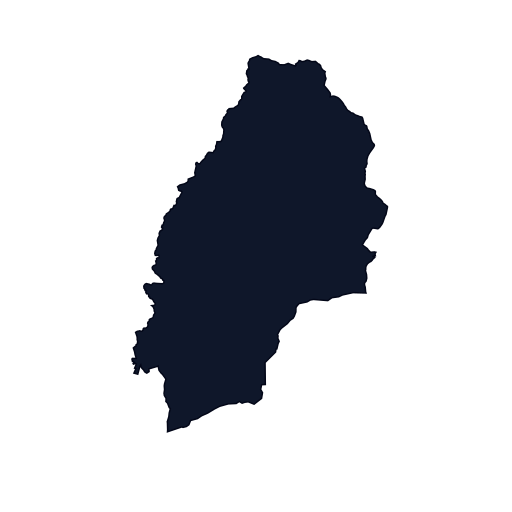 Piatra Soimului, Neamt, Romania (Mercator projection), rotated 123°
{"feature_id": "2599482B93411472256847", "entity_name": "Piatra Soimului", "entity_type": "district", "adm_level": 2, "iso_a3": "ROU", "parent_name": "Romania", "parent_adm1": "Neamt", "projection": "mercator", "projection_center": [26.345, 46.823], "detail": "fine", "context": "isolated", "style": "filled", "palette": "ink", "viewbox_px": 512, "rotation_deg": 123, "n_neighbors": 0, "source": "geoboundaries", "source_scale": "gbopen_adm2", "svg_char_len": 6090}
<svg xmlns="http://www.w3.org/2000/svg" viewBox="0 0 512 512"><g transform="rotate(123 256 256)"><path d="M413.7,283.8L411.2,282.7L410.5,283.2L410.7,283.6L408.8,284.2L401.9,278.3L401.6,278.2L404.7,275.0L406.0,271.4L406.1,270.2L408.3,264.5L413.2,263.0L414.9,262.2L417.9,259.9L421.2,258.4L422.9,256.9L424.4,253.8L427.1,252.3L427.4,250.7L427.7,249.9L430.4,246.2L430.7,244.7L434.9,243.3L438.2,241.6L443.4,240.1L444.0,239.5L449.8,235.5L451.6,234.5L439.7,225.1L439.5,223.9L436.9,221.5L434.1,220.4L429.6,221.3L424.2,216.5L419.6,214.6L413.9,210.9L407.0,207.6L401.8,204.6L395.1,198.7L390.5,192.3L387.1,190.8L387.0,187.5L384.8,185.8L382.5,183.1L381.3,176.9L372.4,173.8L367.1,176.1L365.4,179.4L360.9,181.2L358.7,178.2L340.4,190.4L325.9,187.3L323.2,188.6L322.6,187.9L317.3,189.8L315.0,190.1L313.1,192.9L311.0,194.0L310.2,195.2L304.8,195.7L302.6,195.3L295.6,192.9L291.3,192.4L288.1,191.0L285.7,191.1L281.2,192.1L277.5,194.4L275.4,194.4L272.5,194.0L266.7,188.2L263.3,186.5L261.1,184.1L254.3,171.5L249.6,169.6L245.1,164.4L241.6,162.3L233.9,154.7L227.1,143.6L226.4,144.5L222.6,147.5L221.2,149.2L219.4,150.3L217.2,150.0L214.3,151.0L211.4,153.2L208.6,156.3L207.4,156.7L206.1,157.6L204.4,158.2L201.8,158.3L199.3,157.5L198.1,156.7L196.4,156.3L195.0,156.3L192.4,155.6L192.0,156.1L192.7,157.6L192.2,157.7L191.1,156.8L190.7,156.1L189.4,157.4L187.6,157.5L188.1,158.9L190.5,161.9L189.8,165.2L189.2,166.5L188.8,172.5L188.5,172.9L183.0,173.1L180.0,172.6L177.0,173.5L169.8,173.7L169.2,173.4L168.4,172.3L166.8,168.6L164.8,167.9L160.7,167.7L158.9,167.9L152.4,169.5L150.5,169.6L143.7,172.2L142.8,172.8L142.8,174.1L142.5,175.8L142.5,178.3L141.5,179.7L140.9,181.6L140.5,183.9L140.4,186.5L140.0,187.4L139.8,188.7L138.8,189.9L136.9,191.0L136.4,191.8L136.5,193.6L137.6,197.5L138.6,199.8L138.0,202.5L136.5,204.5L135.1,205.2L132.3,206.2L129.3,208.3L128.4,208.6L127.1,209.8L125.5,210.4L123.3,212.9L121.4,212.2L120.3,212.9L118.2,213.1L116.2,214.7L114.3,215.7L111.0,216.7L107.6,216.9L101.1,216.6L99.0,216.8L98.2,217.5L97.8,218.4L97.6,220.0L96.0,222.7L91.5,227.2L89.8,229.6L88.8,232.0L86.9,233.8L86.7,234.3L86.9,236.1L86.6,237.2L82.4,241.6L81.8,242.8L82.7,245.3L82.9,246.9L83.6,249.4L83.4,252.5L84.2,254.5L83.8,256.0L83.9,258.4L83.3,260.3L82.3,261.9L81.6,264.1L80.7,265.6L79.9,267.6L79.0,270.7L78.6,272.9L78.7,274.4L79.2,277.0L79.9,278.5L82.0,280.5L80.3,281.3L78.9,282.7L77.4,286.7L75.9,291.8L71.9,293.3L69.4,293.8L68.7,294.3L67.9,295.5L65.1,298.0L63.7,298.3L63.6,301.6L62.6,304.0L61.2,305.5L61.0,306.1L60.7,307.4L61.0,308.2L60.4,312.1L62.4,314.7L62.8,315.6L63.2,318.1L63.8,319.8L66.4,321.5L67.9,323.2L68.2,325.4L68.6,326.3L70.8,326.1L73.5,327.3L74.4,326.2L75.2,326.4L76.5,331.3L76.9,333.9L80.2,336.3L82.7,340.3L82.6,341.2L82.1,342.2L82.4,345.8L83.8,349.4L83.9,352.4L86.1,356.5L86.5,357.8L86.4,360.3L86.7,361.3L86.8,363.4L88.8,364.4L91.7,366.9L94.4,368.4L95.8,367.8L97.9,367.8L98.8,367.5L103.0,363.6L103.3,363.6L103.5,364.5L104.6,364.3L105.5,364.6L108.4,363.3L108.9,362.3L110.4,360.5L110.7,359.6L112.7,358.6L113.7,357.5L113.7,356.7L114.3,356.4L115.5,356.4L117.6,357.0L119.1,357.0L121.9,357.8L122.2,357.4L122.9,354.2L123.4,353.9L124.2,354.1L125.3,355.0L129.9,354.9L131.8,353.6L132.5,353.5L133.5,354.0L135.9,354.3L137.7,353.4L139.4,353.1L142.5,354.6L144.2,355.1L147.1,358.8L147.5,358.5L147.9,358.6L148.7,359.2L150.3,359.2L151.3,358.0L151.9,357.8L153.9,358.2L154.5,357.9L155.5,358.0L157.4,358.6L158.6,358.0L162.1,357.6L164.8,356.1L165.9,354.9L166.4,354.0L166.3,353.6L166.6,353.0L167.9,351.3L168.6,351.2L170.9,349.8L173.2,349.2L174.3,348.5L178.2,347.7L179.5,348.2L181.4,351.0L183.8,349.9L185.9,349.6L187.0,348.7L188.9,348.0L190.5,348.4L192.7,348.2L194.6,352.0L196.3,352.6L198.7,352.4L200.0,352.7L201.4,352.0L202.2,352.0L204.6,352.8L207.8,353.3L209.1,353.2L209.8,354.1L210.0,354.9L209.7,356.5L210.6,357.0L211.8,356.6L213.1,355.1L219.5,352.7L221.7,350.6L223.1,351.0L224.4,351.8L228.4,354.7L230.2,353.7L231.4,353.7L234.3,355.2L237.9,358.5L240.6,359.5L241.4,358.2L243.0,356.6L242.8,354.9L242.3,353.9L242.6,352.8L248.8,352.2L250.5,353.3L251.1,353.4L254.0,352.3L254.3,351.5L254.8,351.2L257.2,351.0L257.6,351.2L258.2,352.3L261.3,351.7L261.8,351.8L263.1,353.0L263.6,353.1L264.5,352.6L266.8,352.9L269.6,354.1L271.1,353.7L272.7,354.3L274.3,353.9L275.6,352.3L276.9,351.5L277.8,351.7L280.6,350.8L281.2,351.5L281.6,351.5L282.1,350.9L282.5,351.1L283.2,351.0L283.5,350.5L283.2,349.7L283.6,349.4L285.7,349.0L287.2,350.0L289.7,349.6L291.5,348.1L294.1,348.0L296.7,347.2L300.3,343.9L303.9,343.6L305.2,343.0L306.7,343.2L309.0,342.3L310.3,340.8L309.4,339.2L308.3,338.2L308.3,337.9L308.6,337.8L309.2,336.9L310.5,336.5L311.2,337.6L312.3,338.0L313.7,337.1L314.2,337.0L314.8,337.4L316.4,335.7L317.7,335.2L318.4,335.3L319.3,336.3L320.9,336.9L322.0,336.9L323.3,335.8L324.1,332.8L325.2,331.2L325.2,329.1L325.6,326.2L325.5,325.4L326.0,324.9L326.4,323.8L326.1,322.1L327.0,321.1L326.8,319.8L328.8,318.6L330.2,319.3L333.3,324.7L334.3,326.8L335.3,327.7L337.0,327.8L337.6,328.2L337.8,330.1L338.9,333.0L340.2,333.7L341.8,333.8L342.5,333.6L344.1,332.3L344.2,331.5L345.3,330.2L344.9,329.4L346.5,328.6L347.2,327.4L347.3,327.1L346.7,326.4L346.8,325.3L347.1,324.8L347.9,324.4L348.5,323.8L348.6,322.5L349.1,322.0L348.9,320.4L348.6,319.9L348.7,319.2L349.3,317.8L349.9,317.0L350.6,314.7L352.0,314.1L352.9,314.6L354.4,316.4L354.6,314.9L355.1,313.9L356.5,312.0L357.5,311.5L358.7,309.6L361.3,309.7L363.2,308.9L364.2,308.9L366.7,310.6L367.5,310.8L368.2,310.3L369.6,310.2L370.3,310.6L371.5,310.2L372.5,309.0L374.6,308.3L376.6,309.2L377.5,310.7L378.7,310.9L379.6,310.3L381.1,310.7L381.8,311.4L382.0,312.7L382.8,313.5L383.5,313.8L383.7,314.5L385.6,315.4L388.3,311.9L388.7,311.7L388.8,311.3L390.6,310.3L392.7,308.2L393.1,308.3L393.7,307.6L395.8,308.2L396.8,307.5L397.3,308.0L399.9,308.8L402.5,305.6L404.6,303.6L407.1,300.6L409.2,303.9L410.0,303.9L411.7,302.2L411.2,301.3L411.5,300.9L411.4,299.9L411.8,299.7L413.0,300.5L413.4,299.9L412.2,298.9L411.7,298.0L411.8,297.5L416.2,296.7L415.8,295.4L420.7,294.6L419.5,290.8L411.8,293.3L410.2,293.3L411.5,292.1L412.2,290.7L412.8,288.1L413.6,286.6L413.9,285.3L413.6,284.5L413.7,283.8Z" fill="#0f172a" stroke="#020617" stroke-width="1.5"/></g></svg>